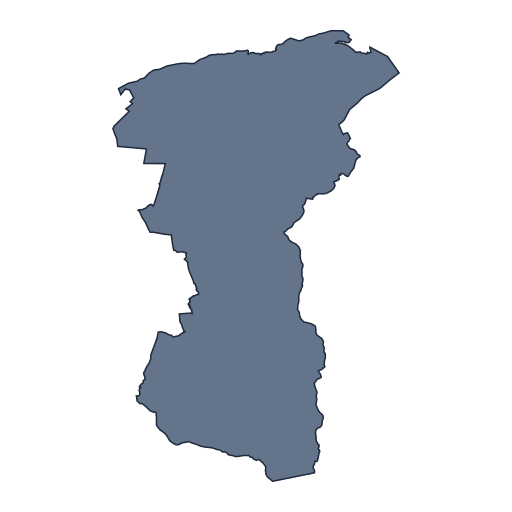 Petricani, Neamt, Romania
{"feature_id": "2599482B98903803240135", "entity_name": "Petricani", "entity_type": "district", "adm_level": 2, "iso_a3": "ROU", "parent_name": "Romania", "parent_adm1": "Neamt", "projection": "natural_earth1", "projection_center": [26.456, 47.138], "detail": "fine", "context": "isolated", "style": "filled", "palette": "slate", "viewbox_px": 512, "rotation_deg": 0, "n_neighbors": 0, "source": "geoboundaries", "source_scale": "gbopen_adm2", "svg_char_len": 6011}
<svg xmlns="http://www.w3.org/2000/svg" viewBox="0 0 512 512"><path d="M399.1,72.9L387.5,56.5L369.9,47.1L370.1,49.1L371.1,52.2L369.0,53.0L367.7,52.1L367.4,52.3L367.4,53.5L366.5,54.0L365.3,53.4L361.6,53.1L360.4,51.9L355.3,52.3L354.5,50.8L347.3,45.3L341.1,43.1L335.6,43.3L335.5,42.8L338.2,41.9L338.4,40.9L338.9,40.6L339.3,41.0L341.3,41.5L345.0,41.7L345.1,42.6L345.4,42.7L349.0,42.5L351.2,39.7L348.1,37.2L348.8,36.0L349.0,34.9L343.2,30.8L331.4,30.7L322.7,33.3L319.3,33.8L315.1,35.7L307.9,37.3L305.2,38.4L303.4,39.8L299.0,40.9L291.4,38.4L290.2,38.3L287.0,40.0L284.5,41.9L283.9,42.9L280.9,44.5L278.6,44.5L277.5,45.1L276.5,46.3L275.5,48.9L276.5,49.7L274.7,51.3L272.9,51.4L272.4,51.9L270.0,52.4L268.0,52.0L267.0,52.3L265.5,51.9L264.3,53.1L263.6,52.7L262.6,53.7L261.6,54.1L261.4,53.8L260.9,54.6L260.3,54.9L259.7,53.7L259.0,53.5L255.2,53.5L254.3,52.8L252.6,52.5L251.4,52.9L251.0,52.6L248.2,54.2L248.0,53.3L248.4,51.6L248.1,50.5L247.3,50.2L245.5,50.8L244.2,50.7L242.5,51.2L237.3,50.9L236.0,51.2L235.0,52.4L233.2,53.3L227.7,53.4L223.8,54.5L221.6,54.0L219.8,54.5L218.2,54.0L216.0,54.6L212.1,54.7L209.1,55.3L206.4,57.1L199.3,59.8L194.4,63.5L188.1,63.5L186.7,63.2L182.1,63.3L177.2,63.9L166.9,66.0L159.6,69.3L153.9,70.0L149.3,72.9L144.3,78.0L140.0,79.2L137.6,81.1L128.5,83.2L118.5,88.6L120.8,94.7L125.2,88.9L125.8,89.5L127.1,89.4L129.1,89.7L130.2,91.3L133.7,97.9L130.1,101.7L132.6,103.7L125.9,108.8L129.2,111.3L114.4,125.8L112.9,128.6L115.0,134.6L116.2,137.0L116.9,139.5L117.7,146.4L146.1,148.9L146.4,149.0L143.8,163.5L165.3,163.6L162.4,175.6L162.0,175.6L159.7,183.9L159.2,183.9L159.9,185.3L155.6,199.7L153.4,206.1L151.5,204.4L150.3,204.5L148.0,205.8L146.9,206.9L146.7,207.7L143.6,208.9L142.3,209.9L140.1,209.5L138.1,210.2L139.6,211.8L141.0,214.6L142.0,217.4L145.2,222.0L148.3,228.8L150.1,232.2L153.2,232.2L164.1,234.2L171.3,234.9L172.3,242.8L173.7,250.2L175.3,250.4L177.4,252.4L179.5,251.9L181.9,251.8L186.5,252.9L185.8,254.0L186.3,256.8L185.8,257.9L184.4,259.2L187.7,262.2L187.7,263.7L188.4,268.3L189.2,271.0L193.2,280.6L194.0,283.6L195.1,284.0L196.3,287.5L196.8,288.2L196.1,289.4L196.7,290.8L197.8,291.1L198.1,291.6L198.7,293.8L198.0,294.0L197.7,294.8L196.7,294.7L194.6,295.8L193.6,295.7L191.8,297.2L191.3,297.2L190.3,298.4L189.7,298.4L189.0,299.2L189.9,299.9L189.9,300.6L189.6,300.9L190.2,302.1L188.5,303.3L188.3,304.7L188.8,305.3L189.7,305.1L190.0,306.0L189.4,307.0L189.9,307.5L190.4,307.4L190.1,308.4L191.8,309.8L191.5,310.0L191.7,311.2L192.3,313.4L190.6,313.1L179.3,313.9L179.9,321.6L181.8,324.9L182.5,327.7L183.2,328.8L183.7,330.9L184.9,331.4L185.1,331.7L182.7,332.8L178.3,335.9L175.0,336.5L173.8,337.2L172.4,336.5L171.8,335.4L169.0,334.8L165.7,332.9L161.3,331.8L158.3,332.0L157.0,338.2L150.9,354.7L150.7,359.1L149.1,363.0L146.7,366.7L145.2,369.7L145.0,371.3L143.8,372.2L143.8,374.6L144.4,375.7L145.2,379.2L143.2,380.6L143.3,382.3L142.8,383.1L141.4,383.9L139.3,386.7L139.8,387.4L140.7,387.8L139.6,388.7L139.1,390.3L139.8,393.2L139.7,394.9L138.2,396.0L136.4,395.9L137.1,401.0L139.7,403.4L140.3,403.8L141.9,403.4L146.0,406.7L150.1,410.8L153.4,412.1L155.5,412.2L156.0,412.5L156.5,417.6L156.4,424.8L157.6,427.0L160.3,430.1L164.4,433.0L166.6,435.4L169.8,440.8L172.4,442.8L175.8,444.7L176.6,444.8L179.3,444.5L179.5,444.1L182.5,442.8L189.3,441.6L191.0,442.7L197.0,444.6L200.2,446.0L203.3,446.8L212.5,447.9L216.8,449.5L220.0,450.0L222.4,451.9L226.3,452.2L228.4,454.8L233.5,455.8L235.1,456.5L237.6,456.5L244.3,455.4L247.1,455.6L248.4,455.2L250.1,457.0L252.6,457.4L253.4,459.0L256.4,460.3L259.0,459.5L263.2,463.2L265.0,465.8L265.7,466.4L265.6,469.9L265.3,470.5L266.0,471.9L265.7,473.5L266.7,475.9L268.7,478.2L270.0,478.9L272.5,481.3L314.5,472.8L314.5,470.6L314.1,469.5L313.3,468.4L313.3,465.8L314.4,464.4L315.0,461.3L316.7,461.4L317.2,461.1L317.8,459.8L317.7,459.2L318.4,457.3L318.3,456.0L318.8,454.8L319.2,451.9L319.7,451.8L319.8,451.4L319.3,449.8L318.6,449.7L318.2,448.6L318.8,447.3L318.6,447.2L319.1,446.0L319.0,444.9L317.7,443.7L316.4,441.1L316.0,439.4L316.2,438.3L315.5,432.2L315.9,430.3L317.7,428.0L319.6,427.5L320.4,426.9L321.9,425.0L322.3,420.6L323.2,418.6L323.3,416.9L323.1,415.9L322.2,414.6L319.5,412.1L318.4,410.4L316.1,405.4L316.0,404.4L316.8,399.1L316.1,395.9L316.7,394.4L317.0,392.1L315.1,387.1L314.2,383.5L317.3,379.2L319.5,378.4L321.3,377.2L321.0,375.9L320.1,373.7L318.3,371.3L318.4,370.9L321.6,369.5L324.9,366.7L324.2,364.6L324.2,363.8L324.5,360.7L325.2,358.4L325.4,356.0L325.2,353.3L324.4,353.0L323.9,350.5L324.3,347.8L322.9,344.6L323.5,341.8L321.9,338.6L316.7,334.9L316.0,332.6L315.7,328.1L315.3,326.1L311.3,323.7L303.8,321.9L301.0,319.0L299.7,315.7L299.2,312.1L297.6,309.8L297.9,304.9L298.7,302.2L298.9,298.7L298.6,297.0L299.0,295.9L299.0,293.9L301.0,290.1L301.5,287.8L301.9,287.5L302.6,285.2L301.9,284.8L302.8,281.1L303.0,278.6L301.7,275.5L302.1,272.4L301.8,270.0L302.7,267.1L303.0,265.0L302.5,263.6L302.0,263.3L300.8,260.5L300.4,258.3L300.4,257.2L300.0,256.3L300.4,253.4L300.1,252.4L300.4,250.5L298.9,247.1L296.0,244.1L292.3,242.4L289.7,240.5L288.9,239.6L287.6,236.4L284.9,234.2L284.0,232.5L284.1,232.0L285.9,231.0L288.0,228.7L289.7,228.1L291.9,226.7L294.2,222.5L299.5,219.0L302.3,215.5L303.9,212.0L303.8,209.7L302.4,206.2L304.8,203.8L306.1,199.7L306.2,198.3L312.5,199.2L312.9,198.8L312.6,198.0L313.2,197.2L314.4,196.6L314.5,196.0L316.2,194.6L317.6,194.5L317.8,193.6L322.4,193.9L326.0,193.5L330.7,191.2L333.8,188.4L335.0,185.7L334.7,184.0L333.7,182.0L335.9,181.0L336.7,181.0L337.2,180.0L338.6,179.9L339.2,179.4L338.8,175.7L339.8,174.5L341.0,175.6L340.5,174.3L341.5,173.4L344.0,174.0L344.5,174.8L345.9,175.7L346.3,175.7L346.9,176.4L348.3,176.2L351.0,171.6L353.7,168.3L355.9,160.1L357.6,158.2L358.8,157.3L359.9,157.0L360.0,155.7L358.0,154.5L356.9,153.5L356.1,151.4L354.3,149.8L350.3,148.6L349.2,147.5L346.9,143.9L347.6,142.3L348.9,141.2L349.4,139.8L350.3,138.6L349.8,138.4L349.9,137.2L347.5,132.8L344.4,133.6L343.5,134.6L342.0,132.3L338.8,124.6L342.6,121.6L344.3,119.7L349.7,109.5L357.3,103.1L361.7,98.5L365.0,95.9L379.7,88.5L390.8,79.2L399.1,72.9Z" fill="#64748b" stroke="#1e293b" stroke-width="1.5"/></svg>